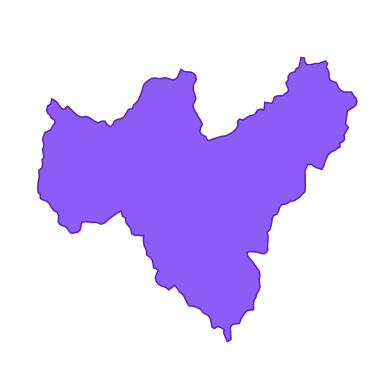 Pará de Minas, Minas Gerais, Brazil (Natural Earth projection), rotated 6°
{"feature_id": "56859067B11787427214632", "entity_name": "Pará de Minas", "entity_type": "district", "adm_level": 2, "iso_a3": "BRA", "parent_name": "Brazil", "parent_adm1": "Minas Gerais", "projection": "natural_earth1", "projection_center": [-44.604, -19.846], "detail": "fine", "context": "isolated", "style": "filled", "palette": "violet", "viewbox_px": 384, "rotation_deg": 6, "n_neighbors": 0, "source": "geoboundaries", "source_scale": "gbopen_adm2", "svg_char_len": 4192}
<svg xmlns="http://www.w3.org/2000/svg" viewBox="0 0 384 384"><g transform="rotate(6 192 192)"><path d="M41.9,214.4L44.6,215.5L47.3,215.9L50.7,217.8L53.4,221.7L56.7,225.0L59.8,226.1L61.9,229.3L61.9,232.8L62.2,236.0L64.1,238.3L67.1,239.0L70.7,240.1L73.0,242.7L75.3,245.3L78.1,245.3L81.0,244.3L83.3,243.4L85.0,240.7L85.1,237.1L85.7,233.5L88.4,232.8L91.3,232.6L95.8,232.8L99.8,232.1L102.5,232.8L105.1,233.5L108.3,231.8L110.2,229.7L112.1,227.4L114.3,225.7L117.0,223.2L120.0,220.6L123.8,218.2L125.2,223.1L128.6,224.8L129.2,228.9L132.4,232.4L135.0,235.2L136.3,239.5L139.1,241.0L142.6,240.5L145.7,240.9L148.6,240.1L148.6,244.3L149.4,248.5L150.5,251.2L152.7,254.5L153.5,259.3L156.4,260.9L159.3,263.3L160.8,267.7L161.8,271.4L164.7,272.1L166.8,273.6L165.2,277.2L164.5,281.8L166.2,285.2L168.7,287.5L171.9,288.8L175.9,289.5L179.2,291.7L181.9,289.1L184.3,286.6L187.2,289.0L190.3,293.0L192.9,294.5L195.0,296.6L196.7,299.3L198.5,302.4L201.0,305.7L204.7,305.3L207.5,305.9L210.8,306.9L213.3,308.0L215.0,310.4L218.2,311.9L221.2,313.2L223.2,315.5L224.7,319.7L225.9,324.1L228.4,325.5L231.7,323.1L234.9,323.8L238.2,325.3L238.3,328.8L240.2,332.6L242.7,337.1L246.2,334.5L245.7,331.2L245.0,326.8L244.3,323.4L245.4,320.0L248.7,318.6L252.9,317.7L253.9,313.2L255.7,309.8L257.6,306.2L259.8,304.0L262.7,303.3L265.5,302.6L264.9,297.6L264.9,293.5L266.4,290.3L267.1,286.4L268.8,282.9L269.7,278.9L268.7,276.0L268.0,271.7L268.3,267.6L267.1,263.8L264.5,260.9L262.0,257.9L259.4,255.0L254.9,250.8L252.7,246.6L255.7,245.1L259.0,245.1L263.3,245.0L267.4,245.8L270.2,245.9L272.3,244.1L273.5,241.2L272.7,238.3L272.7,234.9L272.6,231.3L272.3,227.9L270.8,224.2L273.3,221.6L274.2,217.3L274.5,213.1L274.5,209.6L275.8,206.8L278.6,205.3L280.0,202.2L280.8,197.9L282.3,195.3L285.6,194.4L288.6,193.1L290.8,190.7L294.0,190.4L296.3,188.6L299.3,186.3L301.9,182.6L304.1,180.4L304.4,177.1L303.8,172.4L303.2,167.1L302.7,163.3L302.2,159.5L302.9,156.6L304.1,153.0L307.3,151.9L310.1,153.4L312.5,154.7L315.5,155.2L318.7,156.0L320.2,152.7L321.0,148.5L322.1,144.8L323.5,140.7L326.6,137.4L329.9,135.6L332.4,133.1L334.6,131.6L333.9,128.0L336.3,126.4L338.3,123.8L337.3,119.4L338.8,115.7L340.9,111.6L337.6,108.4L337.7,103.6L338.0,98.6L338.0,94.9L340.7,93.1L343.5,91.0L346.0,88.2L346.6,84.9L345.4,81.7L342.8,79.5L340.2,75.9L337.1,76.2L333.7,76.6L331.1,76.2L328.8,74.9L326.9,73.1L325.4,70.5L323.8,68.0L320.6,67.3L317.8,66.5L316.3,63.7L315.9,60.0L314.7,56.7L312.1,53.6L313.5,50.2L311.1,47.8L308.3,49.1L304.7,50.9L301.0,51.4L296.6,53.1L293.0,53.3L290.7,51.0L289.7,47.0L286.3,46.9L286.0,50.7L285.8,53.9L285.2,56.8L282.8,58.3L281.8,61.6L277.5,63.5L275.5,66.9L276.0,70.4L274.0,73.6L275.7,77.0L277.3,79.9L276.6,82.8L274.1,84.5L272.0,86.9L269.1,87.1L266.3,87.7L263.8,89.2L263.5,92.6L261.9,95.5L258.3,95.4L254.9,95.2L255.2,99.5L254.8,103.2L252.0,102.3L248.5,103.8L246.5,108.1L243.9,109.5L241.2,110.3L238.3,112.6L235.1,115.2L231.5,114.5L229.9,117.0L230.8,121.2L228.9,125.2L226.3,128.1L222.7,130.9L219.1,132.9L215.8,133.5L212.1,135.0L207.4,137.1L204.3,138.7L201.8,138.8L200.2,135.8L197.8,134.7L195.2,133.5L193.5,131.2L193.7,127.7L195.1,123.8L193.5,120.5L190.4,116.6L187.7,112.8L185.9,110.3L184.5,107.7L183.9,104.8L185.3,101.7L186.0,98.5L184.5,94.5L182.6,90.4L182.2,85.6L184.5,80.1L183.5,75.9L180.5,73.6L177.8,72.8L174.6,73.1L171.1,72.8L168.1,71.2L166.9,75.4L165.4,80.0L162.6,82.2L160.0,82.4L156.8,81.6L153.3,81.2L150.1,82.2L146.9,82.8L143.5,82.5L140.2,83.1L137.6,85.1L135.0,87.4L132.7,90.7L131.8,96.0L131.1,99.4L130.2,102.6L129.2,105.9L127.6,108.3L125.0,111.4L123.7,115.5L120.2,116.5L118.1,121.1L116.3,124.7L113.3,126.7L109.9,127.9L107.4,129.6L106.3,133.1L103.9,135.8L100.4,133.5L98.2,130.7L95.0,130.9L91.5,132.9L87.5,131.9L84.8,130.1L81.5,128.5L78.5,127.9L74.8,129.2L69.9,127.7L66.0,124.9L62.9,122.3L59.1,119.7L56.4,123.3L53.9,122.6L50.9,120.0L48.8,117.1L46.3,115.5L42.8,114.0L42.3,118.9L39.4,121.6L38.8,126.1L40.6,129.0L43.0,130.8L44.4,133.3L47.6,134.5L48.6,137.8L46.2,141.5L45.0,145.0L42.2,146.7L39.6,148.1L38.6,151.7L37.9,155.9L39.2,158.6L39.8,161.8L38.9,165.7L40.2,170.0L41.1,173.0L39.5,175.6L40.3,178.5L40.5,183.4L37.4,186.7L38.5,192.5L38.1,196.6L38.1,200.2L38.2,204.3L39.1,208.7L41.2,210.2L41.9,214.4Z" fill="#8b5cf6" stroke="#5b21b6" stroke-width="1.5"/></g></svg>